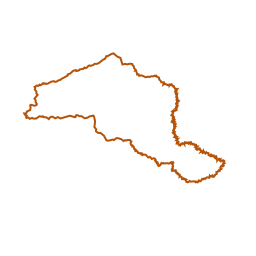 outline of Becerrill, Cesar, Colombia, rotated 223°
{"feature_id": "7082276B21429087141697", "entity_name": "Becerrill", "entity_type": "district", "adm_level": 2, "iso_a3": "COL", "parent_name": "Colombia", "parent_adm1": "Cesar", "projection": "equal_earth", "projection_center": [-73.426, 9.754], "detail": "fine", "context": "isolated", "style": "outline", "palette": "amber", "viewbox_px": 256, "rotation_deg": 223, "n_neighbors": 0, "source": "geoboundaries", "source_scale": "gbopen_adm2", "svg_char_len": 5855}
<svg xmlns="http://www.w3.org/2000/svg" viewBox="0 0 256 256"><g transform="rotate(223 128 128)"><path d="M38.6,139.3L39.1,141.3L38.1,141.6L38.0,143.0L36.8,143.3L36.9,144.9L36.4,146.0L34.6,147.0L35.7,148.9L34.7,148.8L34.1,150.5L33.4,149.8L32.0,150.7L32.0,151.5L32.6,152.1L32.1,152.7L32.3,153.9L31.8,155.1L33.3,156.1L32.5,157.5L32.8,158.8L31.7,159.0L32.2,160.6L31.8,161.8L33.2,161.6L33.9,163.2L32.4,164.5L32.4,165.9L32.9,166.1L33.7,165.3L33.8,166.8L34.2,165.9L33.5,168.1L34.5,168.0L35.3,170.3L35.5,168.5L36.5,169.0L36.7,168.2L37.3,167.7L37.6,168.3L37.5,167.4L38.0,167.7L38.3,167.2L38.8,168.0L38.7,167.5L39.1,167.2L39.3,167.9L39.6,167.3L40.3,167.6L40.9,166.3L40.7,165.2L41.4,165.9L43.4,165.5L43.3,166.8L43.8,166.6L43.8,166.0L44.1,166.6L44.8,166.0L44.9,166.7L45.4,166.0L45.3,166.3L45.5,166.4L45.5,166.7L45.8,167.0L45.6,166.7L46.0,166.0L46.7,166.0L46.7,165.0L46.8,165.5L47.2,164.9L47.8,165.2L48.0,164.3L48.9,164.9L49.0,164.1L49.5,164.4L49.8,163.5L50.3,163.8L50.8,163.3L52.1,164.5L53.7,163.5L53.8,162.9L54.2,163.2L54.2,162.6L55.3,163.4L55.0,163.1L55.4,162.0L56.2,162.4L56.4,161.3L57.3,162.2L57.1,161.2L57.8,161.7L58.4,160.2L58.6,161.3L60.3,161.4L61.0,160.9L61.5,162.0L62.2,161.7L62.6,159.2L64.0,159.0L64.2,160.3L64.9,160.5L64.8,161.2L65.4,160.6L65.3,161.5L65.8,161.1L66.6,161.9L67.0,160.9L67.8,161.4L68.8,160.5L69.2,161.0L69.9,160.0L71.2,160.3L71.3,159.1L72.6,160.3L73.1,159.2L73.9,158.8L73.8,158.0L73.1,158.5L73.0,157.8L74.1,157.8L75.2,156.5L75.4,157.2L76.5,156.6L76.1,156.1L76.6,155.2L75.8,154.5L76.9,154.7L77.4,154.2L77.4,152.8L78.2,152.2L77.9,150.7L78.4,150.6L78.6,151.7L79.1,150.3L80.7,150.9L81.8,149.8L82.3,150.7L81.7,152.1L82.3,152.0L82.1,152.8L82.7,152.1L83.8,153.0L84.2,152.5L84.2,153.5L84.8,152.5L84.7,153.0L85.4,153.0L85.5,153.9L86.4,153.9L86.2,155.0L86.8,154.8L86.7,154.0L87.1,153.6L87.4,154.1L87.9,153.4L88.2,155.2L88.8,155.3L89.0,154.8L90.6,156.3L91.0,154.9L91.6,155.0L91.2,155.5L91.7,155.7L91.6,156.5L92.1,156.1L93.3,156.9L93.5,157.5L93.0,157.9L93.8,158.6L93.5,159.4L94.2,159.6L94.2,160.7L94.8,160.1L96.5,161.8L95.5,162.2L95.8,162.5L95.6,163.2L96.1,163.6L96.6,162.8L98.1,162.6L97.8,162.9L98.4,163.7L97.9,163.3L98.0,164.4L99.1,164.0L99.3,164.9L100.5,163.2L100.8,164.5L100.2,165.0L100.9,165.7L100.6,166.3L101.3,166.8L102.0,166.3L102.0,167.3L102.9,167.1L103.6,167.9L104.4,167.7L104.4,167.0L104.9,166.9L105.1,169.7L105.9,170.6L106.0,169.8L106.6,170.3L106.0,171.5L106.9,170.9L106.7,172.1L105.9,171.8L104.8,174.3L105.3,174.5L105.5,173.9L105.7,175.1L106.4,174.8L106.2,175.6L107.1,176.1L106.6,176.8L107.0,177.0L106.8,178.1L108.5,178.0L109.5,178.6L109.6,179.3L108.8,179.8L110.3,180.8L109.8,181.8L109.3,181.1L109.2,182.4L111.8,181.8L111.9,182.3L111.5,182.4L111.4,182.9L113.6,183.4L113.2,184.1L114.0,184.3L115.0,186.1L115.3,185.3L116.1,185.9L116.9,185.0L116.4,186.4L116.8,187.3L117.9,186.9L118.3,189.4L118.9,188.1L119.4,189.5L120.4,188.8L121.6,189.3L122.4,189.0L123.3,189.9L124.2,189.1L125.9,189.7L126.2,188.5L126.7,188.4L126.6,187.4L127.2,188.0L127.5,187.0L128.3,186.9L128.4,186.3L131.2,185.6L131.7,183.7L132.9,185.8L134.9,184.1L136.3,184.8L138.2,184.7L139.7,186.0L141.5,185.3L143.0,185.5L143.3,184.6L144.1,184.6L144.9,182.8L146.4,181.6L147.0,180.0L148.6,179.0L149.6,177.2L153.9,175.8L155.4,173.8L156.8,174.5L157.7,173.3L160.4,175.1L161.3,175.3L161.8,174.8L162.0,175.8L164.2,175.9L166.2,177.2L167.5,177.0L168.5,177.7L170.4,176.4L171.9,174.0L173.6,173.1L175.4,170.7L181.4,174.1L184.5,172.9L189.5,172.7L190.5,171.0L192.1,166.2L192.8,165.9L192.0,162.7L192.8,161.1L193.6,155.8L194.4,153.8L196.2,152.1L196.4,150.2L197.8,147.9L198.9,147.5L199.4,145.7L199.3,144.0L200.0,142.8L201.1,142.5L201.0,140.9L203.3,137.8L203.2,136.7L204.1,135.1L204.8,134.4L205.6,134.8L207.1,132.5L207.4,128.5L208.6,126.0L207.9,125.1L210.2,118.3L210.3,117.0L211.2,115.7L212.0,113.0L212.9,111.9L214.0,111.8L215.7,109.6L216.9,105.9L218.0,104.3L219.2,104.0L219.5,103.0L220.5,103.0L220.9,102.0L220.7,100.7L221.4,99.5L222.3,99.3L222.2,97.7L223.6,97.0L224.3,94.3L223.3,94.2L222.4,92.6L220.0,92.2L218.3,90.7L216.7,90.6L216.4,85.7L214.2,85.1L213.2,83.9L211.1,83.4L210.6,82.6L211.4,80.6L214.7,78.9L215.0,77.9L213.2,76.5L211.8,74.4L213.2,71.2L212.5,69.7L212.6,68.9L213.8,67.9L212.4,67.4L210.5,68.0L210.2,66.6L209.1,66.1L208.3,67.6L206.1,67.7L205.0,70.0L203.7,70.3L201.7,72.1L200.7,76.3L198.8,77.3L198.3,78.5L197.2,78.3L194.8,80.2L192.0,80.5L192.3,82.0L191.8,84.0L190.7,84.8L187.8,85.5L186.7,88.2L184.0,88.8L178.8,97.4L174.1,99.7L173.9,100.4L174.6,101.4L174.1,102.7L171.5,103.6L169.9,105.0L166.4,105.5L164.7,107.8L163.9,110.5L161.8,113.4L160.6,113.2L156.6,110.4L153.2,105.8L150.5,105.4L149.3,103.8L146.5,104.0L144.8,105.6L140.5,106.0L135.4,104.3L133.9,105.1L131.1,109.3L130.0,109.6L129.7,112.3L128.6,113.6L125.4,115.2L122.3,115.5L121.9,117.0L120.6,117.7L120.3,118.7L118.2,120.6L117.2,120.2L116.4,120.5L115.8,118.6L114.0,117.7L113.0,118.3L112.2,117.4L111.3,118.3L109.1,116.9L108.6,117.3L107.2,116.4L106.9,117.0L106.5,116.3L105.0,117.4L103.6,116.7L100.6,118.9L100.0,118.4L100.1,117.8L98.8,118.1L98.7,119.1L96.8,120.5L93.0,120.3L92.2,121.9L89.4,121.6L88.7,123.3L87.4,123.9L86.3,123.5L86.2,123.0L85.6,123.3L85.0,122.3L83.5,122.9L83.3,122.0L82.5,121.7L81.9,122.5L80.5,121.8L80.4,121.1L79.6,121.1L79.0,122.6L79.6,124.8L79.2,124.7L78.4,126.4L77.8,126.3L74.9,129.4L73.8,129.8L73.0,132.7L72.3,133.0L71.9,132.4L71.7,133.7L71.1,133.5L71.3,132.6L68.8,130.6L68.9,129.8L67.9,129.2L67.9,127.8L67.3,127.7L67.3,127.1L67.1,127.6L66.9,127.1L66.3,127.5L66.1,127.1L64.4,129.5L64.0,129.1L64.3,128.5L63.3,128.5L63.6,128.9L63.1,129.2L62.0,128.3L61.4,128.6L61.4,128.2L59.2,128.9L59.3,128.3L57.8,128.7L57.0,127.5L56.7,128.5L55.3,128.7L53.9,127.6L53.5,128.6L52.7,128.3L52.6,129.2L51.5,129.1L51.3,129.7L50.0,130.1L49.8,129.1L48.6,128.4L47.2,129.1L46.8,131.3L45.9,131.2L43.2,134.2L41.5,134.5L41.7,135.3L40.0,135.8L40.4,137.5L40.1,137.5L40.2,138.0L38.9,138.1L38.6,139.3Z" fill="none" stroke="#b45309" stroke-width="2"/></g></svg>